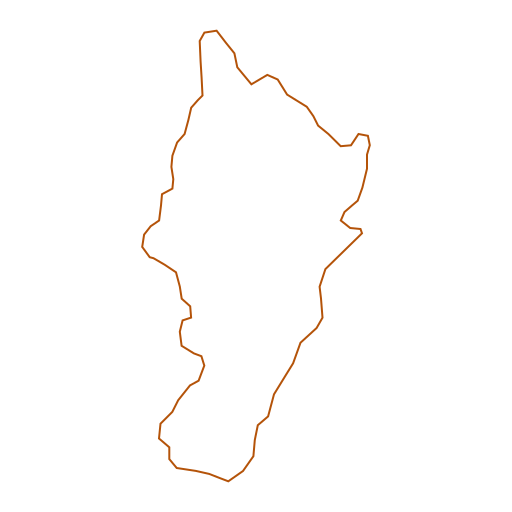 the district of Hamyang-gun, South Gyeongsang, South Korea
{"feature_id": "91817680B59476098361869", "entity_name": "Hamyang-gun", "entity_type": "district", "adm_level": 2, "iso_a3": "KOR", "parent_name": "South Korea", "parent_adm1": "South Gyeongsang", "projection": "orthographic", "projection_center": [127.715, 35.54], "detail": "fine", "context": "isolated", "style": "outline", "palette": "amber", "viewbox_px": 512, "rotation_deg": 0, "n_neighbors": 0, "source": "geoboundaries", "source_scale": "gbopen_adm2", "svg_char_len": 1217}
<svg xmlns="http://www.w3.org/2000/svg" viewBox="0 0 512 512"><path d="M216.6,30.7L204.4,32.6L199.7,41.0L200.6,61.7L201.6,77.7L202.5,95.5L197.8,100.2L191.2,107.7L188.4,119.9L184.6,134.0L177.1,142.5L172.4,155.7L171.4,166.9L173.3,179.2L172.4,188.6L162.0,194.2L161.0,205.5L159.1,220.5L150.7,226.2L144.1,234.6L142.6,244.4L142.2,246.9L149.7,257.2L153.5,258.2L164.8,264.8L176.0,272.3L179.8,286.5L181.7,298.7L190.2,306.3L191.1,317.6L182.6,320.4L179.8,331.7L181.6,345.8L193.9,353.4L201.4,356.2L204.3,365.6L198.6,380.7L190.0,385.4L178.2,400.2L172.3,411.9L160.5,423.7L159.0,438.5L169.3,447.3L169.3,459.1L173.2,463.8L176.7,468.0L195.8,470.9L209.1,473.9L219.9,478.1L228.3,481.3L243.0,471.0L253.4,456.2L254.8,440.0L257.8,425.2L268.1,416.4L274.0,394.3L285.8,375.1L293.1,363.3L300.5,342.7L316.6,328.0L322.5,317.7L321.0,298.5L319.6,286.7L325.4,269.1L362.0,233.3L360.5,229.0L350.2,228.0L340.8,220.5L344.5,212.0L352.0,205.5L357.7,200.7L362.4,187.6L367.0,168.7L367.0,163.1L367.0,154.6L369.8,145.2L367.9,135.8L358.5,134.0L351.0,145.3L340.7,146.2L328.4,134.0L318.1,125.6L313.4,116.2L306.8,106.8L287.1,94.6L277.7,79.5L267.3,74.9L251.4,84.3L237.3,67.3L234.4,53.3L226.0,42.9L216.6,30.7Z" fill="none" stroke="#b45309" stroke-width="2"/></svg>